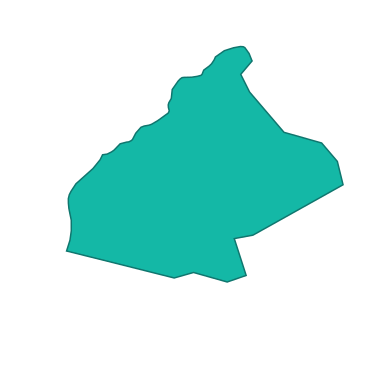 outline of Boyd, Kentucky, United States of America, rotated 235°
{"feature_id": "52423323B73616637816742", "entity_name": "Boyd", "entity_type": "district", "adm_level": 2, "iso_a3": "USA", "parent_name": "United States of America", "parent_adm1": "Kentucky", "projection": "natural_earth1", "projection_center": [-82.623, 38.37], "detail": "fine", "context": "isolated", "style": "filled", "palette": "teal", "viewbox_px": 384, "rotation_deg": 235, "n_neighbors": 0, "source": "geoboundaries", "source_scale": "gbopen_adm2", "svg_char_len": 1021}
<svg xmlns="http://www.w3.org/2000/svg" viewBox="0 0 384 384"><g transform="rotate(235 192 192)"><path d="M215.6,55.4L196.3,72.2L131.8,128.1L125.2,147.1L98.1,169.2L92.6,188.5L129.6,199.9L121.7,217.2L111.3,319.9L133.7,328.6L157.8,326.3L188.1,301.6L240.8,296.5L260.4,299.4L264.9,316.4L265.2,316.4L272.7,318.2L280.0,318.1L281.6,317.3L283.4,315.1L286.3,308.8L289.2,299.6L289.2,288.7L287.5,285.9L285.8,281.6L285.3,278.4L285.1,271.5L282.6,267.7L282.4,266.3L283.7,262.7L286.2,257.6L290.6,251.0L291.4,249.4L291.4,247.2L290.8,244.2L288.1,236.8L287.3,234.6L280.5,228.7L278.4,224.2L277.0,222.5L274.7,221.1L271.5,219.9L270.3,217.8L270.1,204.7L270.7,197.6L271.4,195.1L273.5,190.6L274.3,187.3L272.8,181.1L272.4,179.6L269.2,173.5L268.9,171.9L269.3,169.0L270.4,167.0L272.7,160.8L271.0,152.1L271.0,149.1L271.7,144.3L273.8,140.1L271.1,135.2L268.0,124.3L265.3,101.7L262.0,93.4L260.2,90.0L257.5,86.9L253.7,84.3L249.1,81.7L244.6,79.7L238.1,76.9L229.5,70.9L222.5,64.4L215.6,55.4Z" fill="#14b8a6" stroke="#0f766e" stroke-width="1.5"/></g></svg>